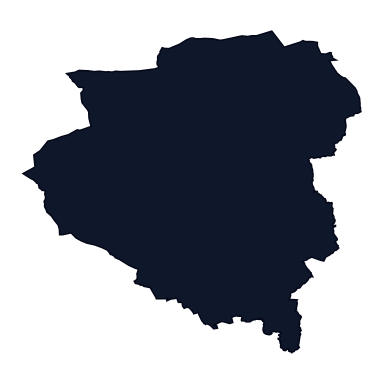 the district of Lier nor, Buskerud, Norway
{"feature_id": "86288312B74882659121257", "entity_name": "Lier nor", "entity_type": "district", "adm_level": 2, "iso_a3": "NOR", "parent_name": "Norway", "parent_adm1": "Buskerud", "projection": "equal_earth", "projection_center": [10.309, 59.848], "detail": "fine", "context": "isolated", "style": "filled", "palette": "ink", "viewbox_px": 384, "rotation_deg": 0, "n_neighbors": 0, "source": "geoboundaries", "source_scale": "gbopen_adm2", "svg_char_len": 5978}
<svg xmlns="http://www.w3.org/2000/svg" viewBox="0 0 384 384"><path d="M23.0,173.6L31.1,178.7L33.1,179.6L36.4,182.5L36.5,183.1L38.3,183.6L39.2,188.0L41.8,189.7L42.0,190.4L42.8,190.3L45.4,191.0L44.7,194.0L45.5,196.5L45.4,199.2L44.1,201.3L44.7,203.8L44.6,206.0L44.8,207.1L46.2,209.9L46.9,212.1L51.5,216.1L54.3,220.2L58.1,224.9L59.4,229.4L59.6,234.7L62.8,234.7L71.1,232.9L76.0,237.9L81.0,240.7L86.8,243.1L95.1,245.0L102.3,247.7L107.1,250.0L109.0,252.1L110.4,254.5L111.4,254.5L114.6,256.4L115.1,257.6L119.5,259.5L128.7,265.2L135.4,268.3L138.0,269.0L138.1,270.3L136.9,274.1L137.3,276.0L137.1,279.0L135.5,280.6L134.2,281.2L135.4,283.4L139.8,284.3L140.1,285.1L142.5,285.2L143.7,286.3L150.2,287.6L156.2,298.0L156.3,298.8L166.4,298.7L167.8,298.4L166.7,300.1L166.8,300.8L170.8,299.1L176.9,298.2L178.2,302.1L178.7,302.4L182.0,302.3L182.6,306.2L184.2,308.3L187.1,307.1L189.2,307.8L191.7,310.5L193.4,312.8L193.7,313.8L197.9,312.6L198.6,313.3L198.7,314.2L201.9,320.9L203.4,322.5L203.8,323.4L204.2,323.3L205.5,324.5L206.9,323.7L210.2,325.3L213.7,328.8L217.5,328.2L216.7,325.6L214.4,325.6L214.2,325.3L216.0,324.9L215.6,324.2L221.1,321.6L223.4,321.7L229.6,323.5L232.8,322.5L231.5,317.5L234.0,316.3L236.7,315.8L237.8,316.2L241.9,316.3L241.7,316.9L241.9,317.4L241.6,319.0L241.9,319.1L241.3,320.1L241.7,320.9L244.7,320.8L245.3,321.6L246.9,321.9L249.9,321.8L252.0,320.6L251.8,320.0L253.2,319.7L253.3,319.9L254.7,319.8L255.3,319.6L255.4,319.1L259.7,319.4L260.0,319.1L260.0,318.2L260.5,318.4L260.7,319.3L261.5,319.9L262.7,319.7L262.4,320.5L262.7,321.2L263.5,321.6L264.2,323.0L263.4,324.3L263.9,326.1L263.1,327.9L263.1,329.9L263.8,330.0L263.8,330.4L263.1,330.3L263.1,330.8L263.7,330.9L263.7,332.3L264.2,333.0L265.7,334.0L269.3,334.8L271.2,334.1L271.8,333.4L271.0,333.0L272.0,331.9L274.6,331.4L275.9,332.1L277.6,331.7L279.5,332.2L280.0,332.1L280.7,332.6L281.0,333.1L280.6,333.9L279.3,334.4L278.7,335.0L278.8,335.5L280.2,336.4L280.3,337.4L278.7,338.5L278.1,338.5L278.2,339.1L278.9,339.4L279.5,340.4L280.5,340.8L280.7,341.2L280.0,341.3L279.9,341.9L280.3,342.2L280.1,343.1L280.8,344.0L280.6,345.0L281.0,345.2L280.5,346.8L280.9,347.8L282.2,348.1L283.5,350.3L285.2,350.7L287.7,349.1L288.9,349.2L288.7,351.0L289.4,351.5L290.7,351.6L291.7,352.5L291.1,352.9L292.4,352.5L291.9,352.4L292.5,351.7L293.7,351.7L294.3,351.3L294.7,350.3L296.5,349.7L296.2,349.5L296.4,349.3L297.5,349.2L298.5,348.3L298.4,347.9L299.3,347.5L298.5,345.9L298.5,345.0L298.0,344.9L298.8,343.8L299.9,336.1L300.6,334.3L300.5,333.5L299.9,333.0L299.7,331.9L301.1,330.6L300.3,329.3L300.6,329.1L300.4,328.0L299.5,327.5L299.6,327.1L299.0,326.2L299.3,325.0L299.1,324.5L299.7,324.3L299.5,320.7L301.3,317.1L300.7,315.8L299.2,315.0L297.4,312.0L296.0,311.5L295.0,310.6L296.6,309.9L296.3,308.7L297.3,303.2L296.6,300.6L297.2,299.9L291.5,299.5L289.3,299.7L290.7,295.4L290.1,293.3L294.5,291.6L296.5,289.7L296.7,288.4L299.8,287.9L302.8,284.0L304.8,283.4L307.7,280.4L308.6,278.5L311.4,276.6L312.7,276.8L312.4,276.1L311.5,275.7L312.0,275.4L311.2,274.1L311.1,272.8L310.1,272.3L310.0,271.5L309.0,270.9L308.7,269.9L307.5,268.9L306.1,266.9L304.7,264.6L304.5,263.2L302.4,261.4L306.8,259.9L308.2,258.7L311.8,257.1L320.6,260.3L323.9,261.0L325.6,257.2L330.3,254.5L330.8,253.9L332.9,253.0L333.9,251.2L335.8,250.1L336.4,250.2L337.0,249.4L337.7,249.0L337.8,248.5L338.5,248.4L338.7,248.0L338.2,247.5L337.9,246.3L338.2,245.7L336.9,244.9L336.4,243.3L335.0,241.8L337.2,239.8L337.2,238.7L333.5,233.5L333.7,230.6L333.0,229.0L333.2,227.7L334.1,226.9L335.5,226.4L335.5,225.4L333.9,225.6L332.7,225.0L332.7,224.1L333.9,223.4L333.8,223.1L334.9,221.6L335.0,221.0L334.9,219.7L334.3,219.1L333.9,218.0L333.8,216.3L332.5,214.0L332.5,212.2L332.8,211.3L332.6,210.4L333.0,208.7L331.9,207.1L331.8,205.0L332.2,203.2L331.8,202.6L330.3,202.9L328.5,202.4L326.9,202.6L325.7,203.2L326.3,202.6L325.8,201.5L326.0,200.5L325.6,200.2L325.4,198.9L323.3,198.2L323.2,197.5L321.4,195.7L321.1,195.0L320.0,195.1L319.4,194.0L317.9,193.9L317.3,191.4L315.2,191.6L314.9,190.8L314.1,191.7L313.9,188.1L312.5,185.3L311.9,182.7L313.1,180.1L312.4,179.5L313.0,176.9L313.0,173.5L312.5,171.7L312.7,170.5L311.5,166.3L311.7,165.5L310.6,163.4L309.2,162.7L309.1,160.3L308.7,159.1L309.1,158.3L310.5,158.0L311.5,157.1L312.6,157.3L313.3,158.2L316.9,157.7L317.9,156.8L318.9,157.6L320.5,157.7L320.8,157.1L322.6,156.1L325.5,156.5L326.6,155.7L331.2,155.8L333.2,154.8L334.0,155.0L333.8,154.5L334.0,154.3L333.4,153.8L333.8,153.0L333.2,152.4L334.6,151.5L336.1,149.6L334.4,147.9L334.6,146.0L333.9,144.9L334.8,143.7L334.3,143.2L337.2,142.9L338.8,140.9L341.2,140.0L341.8,138.0L342.1,137.9L342.1,137.0L343.0,135.8L345.1,135.1L345.3,133.6L344.8,133.0L344.8,132.0L346.0,126.8L345.8,123.8L345.1,122.8L345.5,122.3L345.2,121.7L345.5,121.2L345.0,120.2L345.4,119.6L344.9,119.0L345.5,118.4L350.2,116.0L353.5,115.7L354.4,113.5L358.0,113.2L361.0,111.6L360.5,110.4L360.5,107.6L359.9,105.7L360.1,104.1L359.5,97.6L357.1,93.1L356.9,91.3L355.1,88.0L345.5,78.2L344.1,77.7L343.6,77.9L340.9,76.3L337.1,73.1L331.8,65.1L329.6,60.9L329.9,60.6L336.1,60.0L332.7,58.3L332.5,56.7L331.0,54.1L331.3,52.9L330.0,52.5L325.8,54.1L320.8,53.8L317.4,46.0L317.4,42.4L312.5,41.6L305.3,41.5L302.9,40.6L300.5,42.0L284.2,47.2L271.8,31.1L256.4,35.8L252.1,35.7L247.7,36.5L241.9,35.9L223.3,39.9L220.0,40.3L212.9,38.8L204.5,38.4L199.9,38.8L195.4,38.7L193.6,38.0L190.7,38.1L186.3,40.0L179.6,44.2L169.1,48.6L164.5,48.4L162.2,47.7L160.0,51.7L160.3,53.3L159.4,53.7L159.3,54.7L158.1,55.4L157.6,57.1L157.8,60.5L157.2,61.2L157.1,63.9L157.4,64.9L158.8,66.8L158.2,67.7L154.9,68.9L139.5,70.9L120.7,71.6L115.8,71.2L112.1,72.1L107.7,71.7L106.3,72.0L99.3,71.2L94.4,71.6L88.2,70.8L78.9,70.4L75.1,72.2L66.6,73.6L67.7,74.7L69.1,75.4L69.9,77.4L71.4,78.7L72.1,80.0L73.3,80.9L72.8,81.3L75.0,82.8L78.3,86.9L79.3,87.4L82.0,87.3L83.0,87.6L83.3,88.7L83.2,90.6L80.9,93.0L81.4,99.0L82.1,102.8L87.9,110.2L88.7,112.0L89.0,118.3L91.1,126.5L79.8,130.4L77.2,129.8L68.5,134.7L61.4,136.7L53.0,139.9L47.9,141.1L40.2,150.7L33.8,155.0L35.0,167.0L23.0,173.6Z" fill="#0f172a" stroke="#020617" stroke-width="1.5"/></svg>